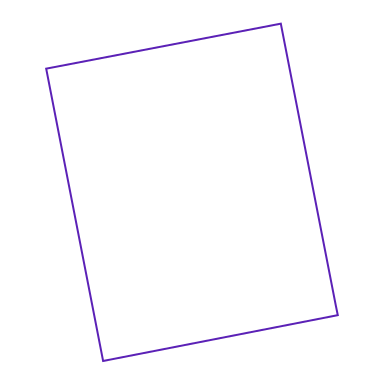 the district of Arthur, Nebraska, United States of America, rotated 79°
{"feature_id": "52423323B23601156295549", "entity_name": "Arthur", "entity_type": "district", "adm_level": 2, "iso_a3": "USA", "parent_name": "United States of America", "parent_adm1": "Nebraska", "projection": "orthographic", "projection_center": [-101.603, 41.569], "detail": "fine", "context": "isolated", "style": "outline", "palette": "violet", "viewbox_px": 384, "rotation_deg": 79, "n_neighbors": 0, "source": "geoboundaries", "source_scale": "gbopen_adm2", "svg_char_len": 231}
<svg xmlns="http://www.w3.org/2000/svg" viewBox="0 0 384 384"><g transform="rotate(79 192 192)"><path d="M340.7,72.4L330.8,72.5L43.7,72.7L43.1,311.6L340.9,311.5L340.7,72.4Z" fill="none" stroke="#5b21b6" stroke-width="2"/></g></svg>